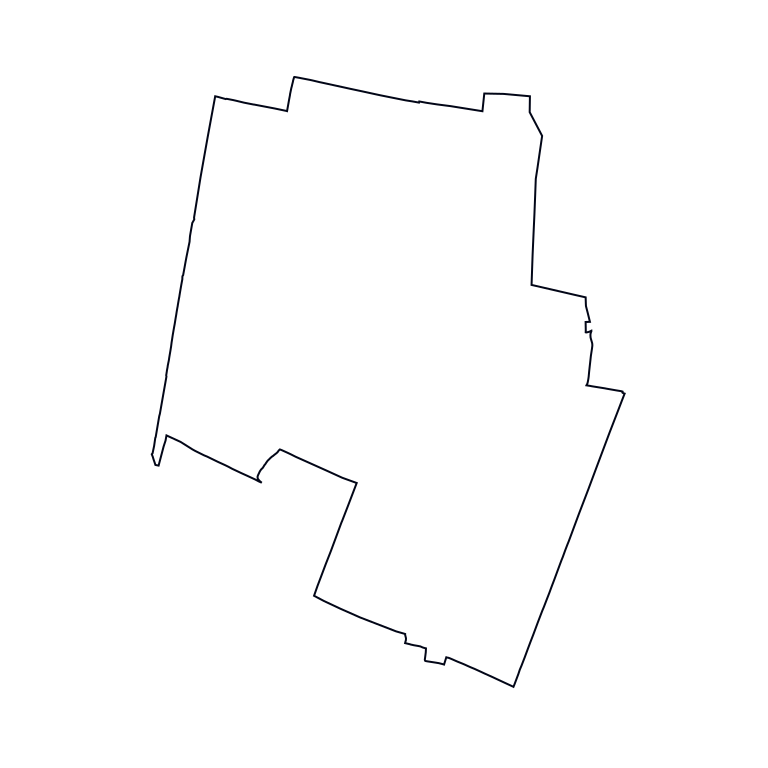 Teslui, Dolj, Romania, rotated 264°
{"feature_id": "2599482B26570302322271", "entity_name": "Teslui", "entity_type": "district", "adm_level": 2, "iso_a3": "ROU", "parent_name": "Romania", "parent_adm1": "Dolj", "projection": "equal_earth", "projection_center": [24.149, 44.204], "detail": "fine", "context": "isolated", "style": "outline", "palette": "ink", "viewbox_px": 768, "rotation_deg": 264, "n_neighbors": 0, "source": "geoboundaries", "source_scale": "gbopen_adm2", "svg_char_len": 4357}
<svg xmlns="http://www.w3.org/2000/svg" viewBox="0 0 768 768"><g transform="rotate(264 384 384)"><path d="M654.9,559.2L660.0,533.3L662.4,514.1L645.0,510.4L649.2,494.8L653.4,479.2L656.5,466.1L659.2,455.7L661.3,448.6L660.2,448.2L662.1,441.7L663.8,435.3L668.0,421.8L671.4,410.9L672.9,406.3L677.3,393.0L681.2,381.0L683.0,375.6L690.5,352.9L690.9,351.6L693.3,344.8L694.1,342.4L696.9,333.2L697.2,332.3L698.7,327.1L698.6,326.7L697.4,326.2L695.2,325.3L694.1,325.0L691.4,324.0L689.6,323.4L688.1,322.8L683.1,321.2L682.2,320.9L681.2,320.7L676.9,319.4L665.5,316.1L665.9,315.1L668.7,306.4L669.5,303.9L675.5,284.0L675.6,283.4L678.4,274.3L681.0,267.0L682.1,263.8L684.1,257.3L683.9,256.4L686.0,251.1L686.8,249.1L687.8,246.2L648.5,234.6L629.1,229.0L608.6,223.1L589.7,218.0L569.4,212.5L569.2,212.5L567.5,212.5L564.1,210.1L563.6,210.0L551.7,206.6L550.8,206.4L548.6,206.0L545.8,205.5L531.2,200.9L525.5,199.2L521.0,197.9L513.2,195.6L512.4,194.9L511.7,194.7L509.3,194.4L504.6,193.0L503.2,192.6L498.6,191.3L493.9,190.0L491.6,189.4L491.1,189.2L484.4,187.3L482.8,186.9L481.2,186.4L477.3,185.3L474.6,184.6L470.7,183.5L468.1,182.8L465.5,182.1L462.5,181.2L459.7,180.4L457.2,179.7L456.5,179.5L455.1,179.1L450.1,177.8L447.5,177.1L443.2,176.1L441.8,175.7L439.2,175.0L433.5,173.4L432.0,173.0L430.8,172.7L429.4,172.3L428.2,171.9L426.6,171.4L425.9,171.2L425.0,170.9L423.3,170.5L420.7,169.7L419.6,169.4L418.7,169.2L417.7,168.9L416.8,168.7L415.5,168.3L414.1,168.4L398.1,163.8L377.8,158.0L375.5,157.1L355.1,151.4L354.3,150.9L346.4,148.9L339.3,146.6L338.4,145.7L335.9,146.4L332.8,147.0L330.7,147.5L327.4,148.2L326.4,151.3L344.9,158.3L350.5,160.8L355.6,162.3L347.7,175.6L340.0,185.4L339.1,186.5L337.2,189.2L331.8,197.7L330.3,200.5L324.1,210.4L319.9,217.5L317.9,220.7L315.5,224.2L313.2,228.0L310.4,232.6L307.0,238.4L302.7,245.6L301.5,247.4L300.2,249.3L298.6,252.1L300.4,250.3L301.7,249.4L303.0,248.6L304.0,248.5L305.2,248.6L306.3,249.1L310.1,251.4L311.8,252.8L313.3,254.7L314.7,255.8L315.1,256.1L315.6,256.4L316.0,256.8L316.2,257.1L316.6,257.5L318.0,258.6L319.9,260.3L321.2,262.0L322.3,263.3L323.5,265.0L324.1,266.2L325.0,267.5L326.1,269.3L326.6,270.1L327.7,271.4L328.6,272.1L329.3,272.9L329.8,273.6L328.9,275.4L325.8,280.7L323.8,284.0L320.9,288.5L315.1,298.5L303.6,318.3L295.1,332.7L288.4,346.5L266.7,335.5L251.7,327.8L250.9,327.3L234.9,319.4L223.4,313.7L210.7,307.1L198.3,300.9L190.2,296.8L180.7,292.3L174.4,301.7L165.1,317.1L154.4,335.7L136.7,370.2L133.2,378.9L132.5,378.8L130.9,379.0L130.2,379.1L129.5,379.2L128.8,379.3L128.3,379.2L127.6,379.1L126.9,379.0L125.8,378.5L124.9,378.2L124.1,377.9L123.0,381.1L122.7,381.9L122.5,382.5L122.0,383.6L121.9,383.8L121.8,384.3L121.1,386.3L119.9,390.6L119.2,392.8L118.0,394.8L117.4,396.2L116.7,398.1L112.8,397.5L108.1,396.4L105.7,395.8L105.1,395.8L104.4,396.0L104.2,396.3L103.7,397.9L101.7,405.5L101.1,407.7L100.7,409.2L99.3,413.0L98.7,414.4L104.1,416.7L105.7,417.4L105.3,418.3L105.0,419.4L104.5,420.5L103.0,423.2L101.9,425.1L100.3,427.9L97.7,432.8L96.3,435.3L95.1,437.3L93.2,440.6L91.2,444.3L87.6,450.4L85.6,453.7L81.0,461.6L79.0,464.9L74.2,472.9L69.5,480.8L69.3,481.1L71.9,482.5L74.7,483.9L78.9,486.0L81.5,487.3L85.7,489.2L89.5,491.3L97.5,495.4L105.2,499.2L111.8,502.5L119.2,506.3L130.9,512.1L142.1,517.8L145.0,519.4L147.9,520.9L153.4,523.7L155.7,524.9L159.8,527.0L162.9,528.5L166.5,530.3L171.8,533.0L178.9,536.5L186.8,540.4L190.6,542.3L193.2,543.7L199.6,546.8L205.1,549.6L208.1,551.2L213.9,554.1L221.8,558.0L234.5,564.3L251.2,572.8L257.9,576.2L278.2,586.3L312.2,603.3L330.9,612.9L342.1,618.6L349.3,622.3L349.7,621.4L350.3,620.4L350.6,620.2L350.8,620.2L351.1,620.3L351.4,620.5L351.5,620.5L351.9,619.6L352.3,618.3L353.3,614.6L356.1,604.8L356.6,603.2L360.1,590.2L360.5,589.0L361.5,585.2L362.0,585.5L362.6,586.0L363.6,586.5L365.1,587.0L367.1,587.6L368.2,587.9L369.8,588.3L374.8,589.3L378.5,590.1L385.8,591.7L390.4,592.7L397.7,594.6L400.3,595.2L401.6,595.3L402.8,595.3L405.1,594.9L407.2,594.5L408.7,594.3L410.9,594.4L412.2,594.6L413.7,595.2L414.9,595.8L415.3,595.8L414.5,593.6L414.2,591.5L414.1,590.9L414.2,590.2L414.3,590.0L416.5,590.3L424.6,591.0L424.3,595.3L433.7,594.0L436.3,593.6L439.7,593.1L440.4,593.0L442.4,593.1L449.1,593.6L452.7,583.0L455.7,574.3L466.4,543.2L467.1,541.1L497.0,545.3L520.3,548.8L536.8,551.3L555.4,554.0L567.3,555.7L572.2,556.4L582.8,559.2L614.2,567.2L639.1,557.3L654.9,559.2Z" fill="none" stroke="#020617" stroke-width="2"/></g></svg>